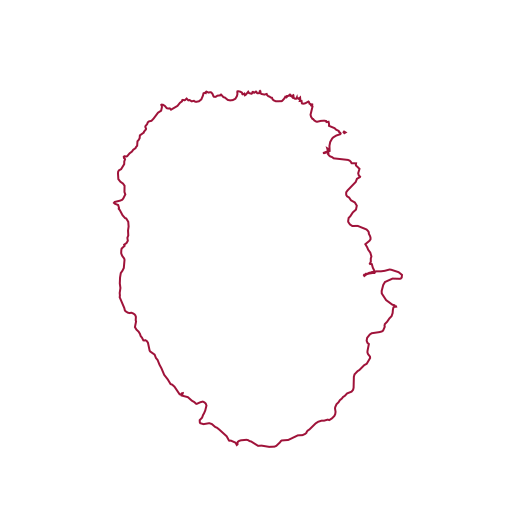 outline of Aneityum, Tafea, Vanuatu, rotated 239°
{"feature_id": "77236927B63418931336998", "entity_name": "Aneityum", "entity_type": "district", "adm_level": 2, "iso_a3": "VUT", "parent_name": "Vanuatu", "parent_adm1": "Tafea", "projection": "mercator", "projection_center": [169.832, -20.195], "detail": "fine", "context": "isolated", "style": "outline", "palette": "rose", "viewbox_px": 512, "rotation_deg": 239, "n_neighbors": 0, "source": "geoboundaries", "source_scale": "gbopen_adm2", "svg_char_len": 6128}
<svg xmlns="http://www.w3.org/2000/svg" viewBox="0 0 512 512"><g transform="rotate(239 256 256)"><path d="M274.3,386.2L277.4,389.6L282.1,388.3L282.8,388.6L283.9,389.5L286.3,385.7L287.9,385.8L289.5,385.4L291.0,384.3L299.7,372.9L301.5,372.2L303.3,370.8L304.6,370.4L306.3,370.2L306.7,371.0L307.4,371.2L308.4,370.0L309.0,367.5L309.7,366.5L308.8,371.5L309.1,371.8L311.6,372.5L310.4,373.1L308.2,372.8L308.1,373.2L312.6,375.7L315.5,378.3L317.5,381.8L317.9,383.4L317.9,387.0L317.0,390.9L317.3,391.6L318.3,391.7L319.3,391.1L320.6,391.3L323.1,389.7L325.1,389.2L330.0,385.6L331.3,386.5L333.7,387.3L334.5,385.4L335.6,385.6L336.9,384.1L338.4,381.2L339.6,377.5L340.1,376.9L342.1,375.8L344.0,375.5L344.4,375.0L346.9,374.9L349.0,375.5L355.0,381.4L355.8,381.2L356.4,382.0L357.0,382.3L357.2,382.1L357.1,380.8L358.3,380.9L358.9,380.3L360.7,380.7L361.4,380.5L361.5,377.1L362.0,375.3L362.9,374.1L363.3,374.0L365.5,374.9L366.3,373.4L367.2,374.5L369.1,375.4L368.7,373.6L369.5,373.4L369.9,372.3L370.9,372.7L370.1,371.5L370.6,370.5L371.8,369.8L372.8,370.1L372.7,369.1L373.1,369.0L374.2,370.7L374.6,370.8L374.7,368.6L375.8,367.7L376.6,368.5L376.9,368.3L376.6,366.1L377.2,364.8L376.4,364.3L376.3,363.7L377.4,363.1L376.4,361.3L375.5,358.3L375.6,357.5L378.4,352.7L380.2,351.4L381.6,350.9L383.4,351.2L384.3,350.2L385.7,349.7L386.5,348.9L388.2,348.4L389.4,348.6L390.0,346.4L392.2,344.0L393.7,343.9L394.9,344.6L395.4,344.5L395.3,344.0L394.0,343.2L393.9,342.6L394.8,341.0L395.8,340.6L396.6,340.9L397.0,340.7L396.9,338.4L398.2,338.0L398.4,337.6L397.4,336.2L397.4,335.7L399.3,333.9L400.8,333.9L399.5,330.3L399.5,329.3L401.2,329.7L401.3,328.0L401.7,327.7L403.3,328.1L405.0,327.1L406.5,325.5L406.7,324.9L406.2,324.4L404.4,323.5L402.9,322.0L401.4,319.3L401.6,316.4L402.7,314.0L404.3,312.2L407.9,310.9L408.9,309.9L412.4,309.2L412.5,308.8L412.1,308.1L413.3,305.5L413.2,303.4L414.1,302.0L414.7,301.8L417.4,302.2L419.2,301.9L420.0,301.1L420.5,299.5L422.5,298.1L422.4,297.5L421.5,296.8L422.4,295.8L422.5,294.8L420.8,293.1L418.4,289.8L418.0,286.8L419.0,284.0L420.1,283.0L421.0,282.7L421.7,280.5L423.9,279.4L424.1,278.4L424.4,278.1L426.7,277.6L426.2,275.5L426.3,274.9L427.5,273.7L427.6,273.1L426.7,272.2L426.5,269.8L425.1,266.0L425.2,258.5L427.0,258.1L427.6,256.7L428.7,255.6L431.4,255.2L433.5,254.2L434.4,253.0L434.3,252.6L433.2,252.6L432.0,252.0L429.4,249.5L429.3,245.8L426.5,238.9L425.7,236.0L426.5,233.6L426.3,232.1L425.1,230.6L424.3,228.2L423.7,227.6L421.7,227.3L421.2,226.8L420.2,223.9L419.6,223.4L419.2,218.6L416.9,216.9L415.9,215.2L415.4,213.5L411.7,210.9L411.2,209.3L410.5,208.3L410.3,205.5L409.4,203.4L409.1,200.5L407.9,197.0L408.1,196.0L409.3,194.6L409.2,193.8L408.0,193.3L407.3,193.6L406.4,193.6L404.9,191.8L402.6,190.3L399.9,185.1L400.0,182.6L399.3,181.3L398.0,180.3L392.8,177.6L389.5,178.0L386.6,179.3L383.9,179.5L378.6,176.2L376.1,175.7L373.7,171.9L373.1,170.3L373.4,168.2L375.1,162.7L374.7,161.6L373.4,162.0L370.7,164.1L367.6,163.3L367.3,162.7L367.0,162.6L365.6,162.9L359.6,162.6L355.9,163.3L355.0,164.1L351.1,164.1L346.9,162.0L343.7,159.4L339.4,157.1L337.8,155.1L335.1,154.0L333.8,151.7L333.6,148.8L332.4,148.6L331.6,144.7L330.3,143.5L327.9,141.9L326.6,141.6L324.8,141.4L321.7,141.7L320.4,141.3L313.8,136.5L312.2,134.0L311.0,131.3L307.6,128.4L302.6,125.1L298.4,123.3L294.5,120.1L292.4,119.1L290.8,117.9L279.2,116.3L277.0,115.6L275.9,115.7L273.5,116.9L272.2,118.2L271.6,119.9L270.2,121.0L268.6,121.8L267.3,122.0L265.7,121.7L262.9,119.8L261.7,119.5L257.4,115.6L254.5,115.6L251.6,116.4L248.9,116.4L246.8,115.9L244.8,116.2L241.7,116.0L241.1,116.7L240.9,117.7L240.3,118.1L239.2,118.6L237.3,118.7L229.7,116.1L228.7,116.1L223.7,118.3L220.1,117.7L217.6,118.1L212.6,117.3L208.4,117.1L201.4,116.1L195.6,116.8L190.2,116.8L188.9,117.9L186.0,118.8L176.8,119.3L175.9,120.2L176.5,121.7L176.2,122.6L175.7,122.2L175.5,120.5L174.8,120.3L170.1,124.9L165.0,126.5L162.5,127.9L160.3,128.5L159.8,129.0L159.3,133.1L158.6,135.4L157.1,136.4L155.4,136.9L153.3,136.5L149.7,132.9L147.7,130.1L147.2,129.0L145.2,126.5L144.3,123.2L142.5,122.2L141.4,122.1L138.9,124.4L136.8,129.8L134.7,131.6L130.4,133.0L128.9,134.1L126.2,135.1L116.6,138.0L111.7,137.8L111.1,138.4L110.8,139.3L107.0,142.0L106.4,142.3L103.9,142.2L104.1,143.2L105.1,143.7L106.1,144.7L106.2,146.3L105.8,148.1L103.4,153.1L102.2,154.4L100.7,155.1L99.5,156.3L92.2,160.0L90.6,163.1L85.6,169.0L83.1,173.6L82.8,175.6L83.9,180.5L84.6,182.2L84.6,183.1L81.7,188.9L80.7,199.5L78.5,203.6L78.2,206.4L78.4,208.0L79.3,209.2L79.7,210.4L79.8,212.5L81.8,220.9L81.9,223.9L81.1,227.3L79.8,229.5L78.8,233.2L77.6,234.3L77.7,237.5L78.5,240.7L79.6,242.4L81.4,243.9L84.6,245.2L85.6,246.0L87.5,248.7L88.1,251.4L89.2,253.6L89.6,256.2L90.3,257.9L90.4,260.2L91.3,263.3L90.5,268.0L91.3,270.3L92.8,271.8L102.1,277.7L103.8,279.5L105.0,283.8L105.0,285.8L106.7,292.5L106.6,295.4L109.8,301.3L111.1,301.9L114.2,301.5L115.8,301.8L117.0,302.5L122.4,307.4L124.1,306.8L126.4,307.2L128.6,309.1L130.1,313.1L130.2,315.4L127.2,322.6L126.5,325.0L126.6,326.5L129.0,329.9L130.0,330.2L131.3,331.4L132.1,334.5L133.8,338.2L134.6,341.2L136.7,343.7L139.6,345.8L141.2,347.4L141.3,348.1L140.4,350.0L140.7,350.1L141.5,349.1L142.5,349.3L144.0,347.8L151.2,344.8L159.1,344.5L161.3,345.7L165.7,350.2L167.3,353.2L166.3,361.4L162.4,367.5L162.1,368.4L162.5,369.8L164.6,371.4L168.7,369.9L174.5,364.9L175.6,363.6L177.0,358.7L178.6,355.0L180.9,351.2L181.0,349.7L180.4,348.8L181.3,347.4L182.8,343.7L183.4,341.3L183.1,338.6L184.0,338.6L184.2,339.0L183.9,339.4L184.2,341.1L183.5,341.9L183.3,344.5L182.9,345.1L182.5,347.3L181.6,349.0L181.7,349.8L185.8,350.1L189.4,351.1L189.9,350.7L190.3,349.7L190.8,349.6L192.0,351.5L194.6,353.0L196.2,354.7L200.0,355.7L203.7,355.4L206.2,355.8L209.8,355.8L210.6,361.1L211.3,362.7L212.5,363.5L214.2,364.0L217.0,364.2L218.3,364.9L219.6,364.9L221.8,364.4L229.4,358.7L232.1,354.0L234.6,352.8L237.4,352.6L238.4,352.9L240.9,355.0L241.5,357.3L243.5,361.4L244.3,365.6L247.2,368.3L251.0,368.3L254.8,366.1L258.2,365.9L260.2,364.8L261.9,364.8L263.7,365.8L264.3,366.4L265.1,368.4L268.1,379.6L270.2,382.3L270.1,385.7L270.4,386.1L272.1,385.6L274.3,386.2ZM315.8,395.0L315.8,396.4L317.3,395.6L317.0,394.8L315.8,395.0Z" fill="none" stroke="#9f1239" stroke-width="2"/></g></svg>